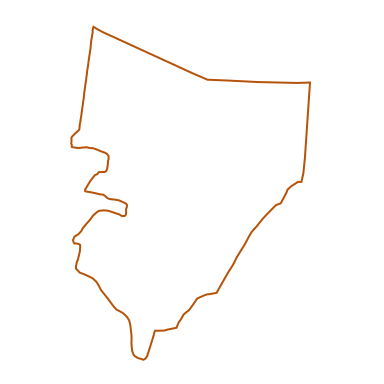 Badra, Wasit, Iraq, rotated 179°
{"feature_id": "34846034B90360229888797", "entity_name": "Badra", "entity_type": "district", "adm_level": 2, "iso_a3": "IRQ", "parent_name": "Iraq", "parent_adm1": "Wasit", "projection": "mercator", "projection_center": [46.047, 33.067], "detail": "fine", "context": "isolated", "style": "outline", "palette": "amber", "viewbox_px": 384, "rotation_deg": 179, "n_neighbors": 0, "source": "geoboundaries", "source_scale": "gbopen_adm2", "svg_char_len": 2812}
<svg xmlns="http://www.w3.org/2000/svg" viewBox="0 0 384 384"><g transform="rotate(179 192 192)"><path d="M311.4,239.2L310.1,238.8L304.9,237.9L300.9,238.3L296.4,238.6L295.0,238.1L292.6,237.6L290.5,237.6L287.9,236.7L284.9,235.4L281.1,233.8L278.2,232.8L276.4,231.6L274.8,229.4L274.8,226.3L275.4,224.4L275.6,223.2L275.6,221.2L276.2,218.1L276.6,216.2L277.4,214.5L279.0,213.5L280.4,213.5L282.7,213.5L284.9,213.5L285.9,212.1L286.5,211.4L288.7,210.6L290.5,208.5L293.4,204.9L296.2,200.5L297.8,197.9L298.8,196.4L298.8,194.7L297.8,194.3L295.8,194.0L293.2,193.5L289.1,192.6L284.5,191.4L282.9,191.1L280.9,190.9L278.8,189.4L276.6,187.3L275.4,186.8L274.0,186.3L272.2,186.1L269.5,185.8L267.1,185.3L265.1,184.9L262.9,183.9L259.8,182.4L257.8,181.2L257.2,180.0L257.4,178.1L257.9,176.9L258.2,175.9L258.2,174.2L258.2,172.1L258.6,170.4L259.4,169.4L260.7,169.2L262.5,169.2L263.9,170.1L265.5,171.1L267.9,171.8L272.6,173.5L276.0,174.7L280.2,175.2L282.9,175.0L285.7,174.7L288.1,173.0L291.4,170.1L293.8,166.8L296.6,163.6L298.0,162.2L302.1,157.4L302.5,156.4L303.1,155.2L304.5,153.7L306.3,151.8L310.3,149.4L311.8,146.0L311.2,143.6L310.5,142.6L308.5,142.6L305.5,141.7L304.9,141.2L304.7,139.5L305.1,134.9L307.3,126.2L308.1,124.8L309.1,120.7L309.3,119.0L309.3,117.3L307.5,115.4L305.7,113.4L303.5,112.5L302.1,112.0L297.0,109.6L292.8,107.4L289.1,103.8L287.1,100.4L284.5,95.3L278.2,87.1L273.0,79.8L269.5,75.7L268.1,75.0L263.3,72.3L259.2,68.2L257.0,64.6L256.0,60.0L255.4,53.7L255.0,49.8L255.0,47.4L255.0,46.6L255.0,45.7L255.2,42.1L255.0,38.5L254.6,34.3L253.8,31.7L253.0,30.0L252.0,28.8L248.5,26.7L246.0,26.1L243.4,25.1L241.4,26.3L239.7,28.6L233.7,46.6L231.5,53.9L222.5,53.9L218.2,55.0L209.9,56.5L207.5,62.0L205.3,64.9L202.6,69.5L200.9,71.0L197.1,73.9L192.9,79.4L188.6,85.5L184.5,87.2L181.6,88.4L179.1,89.3L176.2,89.6L169.2,90.7L166.0,96.2L157.6,110.4L152.2,118.6L148.3,126.1L140.1,138.8L135.7,146.7L133.1,151.0L127.7,156.8L122.2,163.5L117.8,168.1L110.8,175.0L110.2,175.6L107.9,177.6L103.5,179.1L99.9,185.5L97.0,190.9L96.5,192.7L92.4,196.2L86.0,200.2L82.4,200.2L80.3,208.9L78.5,224.3L72.1,299.4L77.9,299.3L85.0,299.2L124.4,300.8L153.9,302.8L174.5,304.0L189.8,310.9L279.2,353.8L281.2,355.0L283.9,356.5L286.3,358.1L287.6,358.9L287.9,357.9L288.5,356.0L288.6,355.3L288.5,353.3L288.8,352.0L289.0,351.1L289.3,349.1L290.0,345.7L290.7,340.0L291.0,336.9L291.9,331.9L293.0,325.4L293.7,320.4L294.6,315.5L295.2,310.8L295.6,308.6L296.0,305.2L296.8,301.0L297.2,297.8L297.7,295.3L298.1,292.4L298.7,286.9L299.3,284.0L299.7,280.9L300.3,277.3L300.9,273.9L301.3,270.6L302.2,265.8L302.4,264.0L302.9,262.2L303.2,260.2L303.3,258.5L303.5,257.5L303.5,256.7L304.1,255.8L305.9,254.2L308.3,252.2L309.2,251.2L310.9,249.5L311.5,248.6L311.6,248.4L311.6,246.7L311.6,244.7L311.9,242.4L311.4,241.1L311.4,239.9L311.4,239.2Z" fill="none" stroke="#b45309" stroke-width="2"/></g></svg>